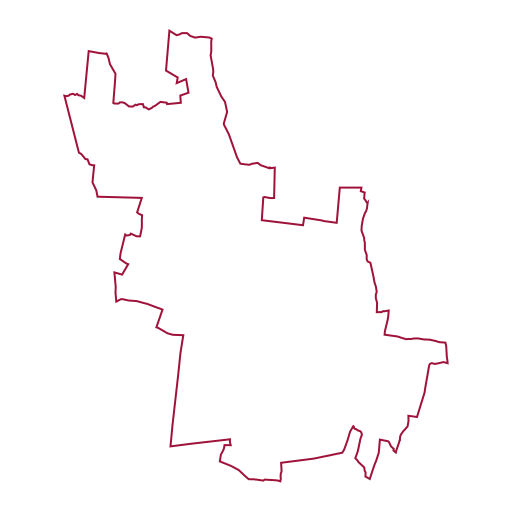 Mama, Yucatán, Mexico (Equal Earth projection)
{"feature_id": "50627088B18700427518498", "entity_name": "Mama", "entity_type": "district", "adm_level": 2, "iso_a3": "MEX", "parent_name": "Mexico", "parent_adm1": "Yucatán", "projection": "equal_earth", "projection_center": [-89.374, 20.51], "detail": "fine", "context": "isolated", "style": "outline", "palette": "rose", "viewbox_px": 512, "rotation_deg": 0, "n_neighbors": 0, "source": "geoboundaries", "source_scale": "gbopen_adm2", "svg_char_len": 4158}
<svg xmlns="http://www.w3.org/2000/svg" viewBox="0 0 512 512"><path d="M254.5,479.3L255.5,479.6L256.6,479.6L263.3,480.6L264.7,479.6L274.6,480.2L277.7,480.5L280.3,481.3L280.8,478.8L280.6,476.1L280.8,473.5L281.5,471.7L281.5,469.5L281.1,462.8L291.1,461.5L296.0,460.9L313.8,458.6L342.3,452.7L343.2,451.2L344.2,449.5L347.5,440.4L350.1,431.6L353.3,426.2L353.8,426.6L353.8,427.3L353.9,427.5L354.4,428.4L354.7,428.8L355.2,429.0L355.8,429.1L356.4,429.3L356.8,429.7L357.9,430.4L358.9,430.8L360.2,431.2L361.2,432.2L361.5,433.2L361.9,434.7L361.6,435.6L360.8,437.6L360.1,440.1L359.8,442.0L359.2,444.4L358.5,448.1L357.5,452.2L355.3,458.2L356.0,459.0L357.2,460.1L358.5,462.1L364.2,467.4L364.7,470.8L365.6,472.5L365.4,476.5L369.8,479.0L371.2,474.6L374.3,465.3L376.1,460.9L378.7,453.0L378.9,451.3L379.9,439.6L381.4,439.9L381.6,440.0L381.9,440.0L388.2,441.3L389.0,442.1L390.7,445.7L390.8,445.9L390.8,446.0L391.0,446.4L393.8,448.9L393.4,450.4L395.8,452.5L396.5,449.9L399.2,442.1L399.5,440.5L399.9,440.3L400.0,437.8L400.4,435.6L401.5,433.7L403.1,431.4L404.9,429.5L406.3,427.8L407.5,426.6L408.5,421.2L408.4,415.8L417.0,417.0L424.4,393.1L424.6,392.3L425.3,387.5L429.0,366.4L429.3,365.1L429.9,363.9L431.5,363.2L432.9,363.4L435.0,364.0L436.0,363.7L437.0,363.6L443.4,362.1L445.2,362.5L447.6,363.2L447.4,360.6L446.8,356.6L446.2,346.0L445.4,342.6L439.5,342.2L435.6,341.0L429.9,339.7L423.5,339.4L421.3,339.0L420.7,338.9L417.8,338.4L413.9,338.5L410.0,339.1L408.2,338.9L407.1,339.1L405.9,339.2L404.6,338.7L403.0,338.3L397.6,336.5L384.6,334.7L384.9,331.2L387.5,320.6L388.2,316.8L388.7,310.5L384.2,311.3L383.5,311.1L381.1,312.2L379.1,312.1L376.8,312.2L377.1,302.8L375.8,298.1L375.8,294.6L376.4,292.9L376.7,291.7L375.9,286.7L374.5,282.4L373.5,276.8L370.4,262.8L367.6,261.4L366.7,259.4L366.7,254.9L365.3,251.2L364.8,249.1L364.9,246.9L364.8,243.6L364.9,242.9L364.3,240.6L364.1,237.8L361.5,230.6L361.7,226.1L363.0,218.5L365.1,212.7L366.1,211.2L367.0,208.2L367.2,206.0L367.7,202.7L367.3,203.2L366.4,201.9L365.4,200.2L364.1,198.5L364.3,196.6L364.4,194.8L364.5,194.1L364.5,193.7L364.6,193.3L364.6,193.1L364.7,192.5L363.2,192.0L360.8,191.2L361.4,187.6L339.8,187.6L336.7,222.8L323.4,221.0L322.3,220.5L304.2,217.7L303.0,225.2L261.8,220.2L263.3,197.4L264.7,197.0L270.2,198.1L274.1,198.0L274.8,167.6L270.3,168.2L270.1,167.6L269.1,167.6L268.9,168.1L260.7,165.2L257.6,162.9L251.8,163.8L249.4,164.8L242.1,164.0L240.3,163.6L237.0,157.3L236.2,155.0L228.9,134.4L226.4,129.4L224.0,124.8L223.8,123.5L227.1,112.0L226.7,109.8L225.0,101.9L221.3,96.5L216.7,86.9L215.6,82.2L212.8,75.5L213.3,71.5L213.0,68.4L210.6,55.5L210.9,53.8L211.3,51.0L211.2,41.6L211.7,38.6L209.2,37.5L202.5,36.9L200.5,36.8L195.0,37.6L190.2,35.9L187.0,33.1L181.9,33.1L179.8,34.3L176.6,35.2L169.4,30.7L166.0,70.6L177.7,77.5L176.7,83.1L186.1,79.1L188.5,92.7L180.3,95.6L180.8,102.8L167.1,104.1L166.7,102.7L160.4,101.9L154.8,106.0L153.2,106.6L151.5,108.1L148.7,109.4L145.7,107.4L143.9,107.3L142.9,104.1L138.8,104.2L136.9,105.2L135.5,104.7L132.7,106.6L128.9,106.4L126.4,104.3L125.7,103.9L124.8,103.1L122.2,102.3L119.9,102.4L118.6,103.5L117.7,103.6L114.2,103.5L113.3,103.0L114.7,85.7L115.4,75.7L115.4,73.6L110.0,64.3L108.6,58.3L106.7,53.5L106.5,53.4L105.6,53.8L102.7,53.4L99.9,53.2L88.7,51.1L84.2,98.0L81.0,95.7L78.3,95.2L77.2,93.9L75.1,95.0L73.6,94.1L72.9,93.8L69.8,94.6L68.9,95.6L66.4,96.2L64.4,95.7L78.9,152.6L81.5,154.2L85.4,159.1L87.5,159.3L89.5,164.3L92.2,165.2L94.2,165.3L93.3,174.0L92.5,182.4L96.3,190.4L97.5,196.7L141.8,197.9L137.1,212.4L138.8,213.8L142.1,215.2L141.8,220.5L141.9,223.6L141.8,227.9L140.1,236.3L136.7,236.3L133.3,234.8L130.8,233.6L129.7,235.1L126.5,235.5L125.2,234.5L120.6,253.0L119.8,259.0L126.2,263.4L128.2,264.2L122.1,274.6L114.4,272.4L115.7,286.7L115.5,292.9L116.3,301.6L120.8,299.2L122.8,299.2L128.6,300.5L136.7,301.1L144.4,303.2L147.0,303.8L157.3,307.7L158.4,308.0L162.5,309.6L156.4,327.3L158.2,327.9L167.5,333.3L172.9,334.8L183.3,335.2L180.5,352.6L178.5,371.8L178.5,372.1L172.5,425.0L170.5,446.4L191.5,443.7L230.0,439.3L229.9,442.1L230.7,445.2L224.5,445.1L224.1,447.7L223.4,450.0L220.9,454.6L219.8,461.4L231.0,465.9L238.8,470.1L244.6,475.6L248.7,479.2L254.5,479.3Z" fill="none" stroke="#9f1239" stroke-width="2"/></svg>